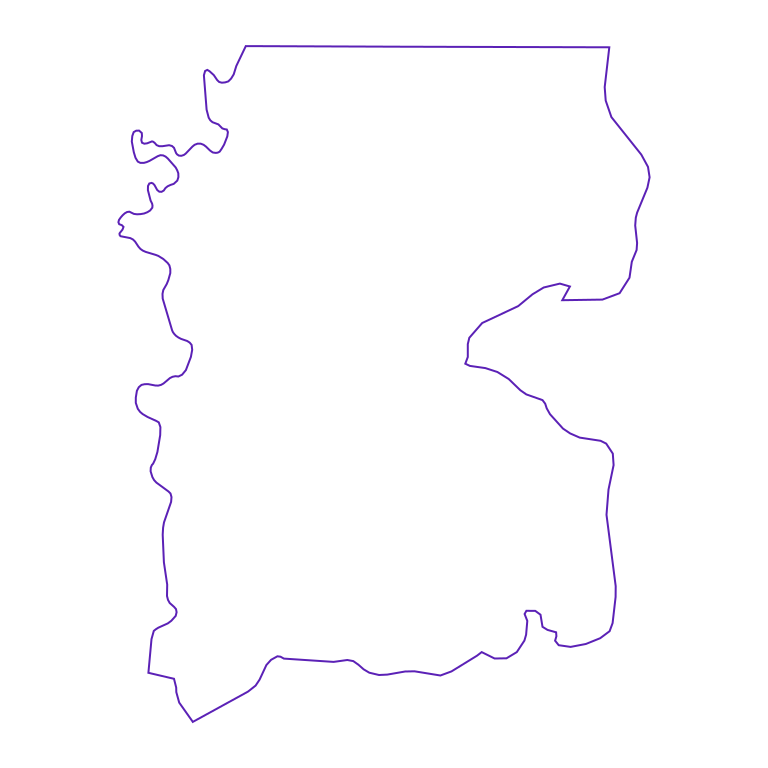 map outline of Gabú (Albers equal-area conic projection)
{"feature_id": "GNB-777", "entity_name": "Gabú", "entity_type": "Region", "adm_level": 1, "iso_a3": "GNB", "parent_name": "Guinea-Bissau", "parent_adm1": "", "projection": "albers", "projection_center": [-14.296, 12.118], "detail": "fine", "context": "isolated", "style": "outline", "palette": "violet", "viewbox_px": 768, "rotation_deg": 0, "n_neighbors": 0, "source": "natural_earth", "source_scale": "10m", "svg_char_len": 3830}
<svg xmlns="http://www.w3.org/2000/svg" viewBox="0 0 768 768"><path d="M629.3,278.0L619.6,293.2L602.4,299.6L562.3,300.2L569.9,286.5L559.9,283.6L543.7,287.5L532.5,294.3L518.2,306.1L482.2,323.0L469.3,337.8L467.8,344.1L467.8,357.0L465.3,363.7L469.9,365.9L485.4,368.1L497.4,372.0L508.7,379.0L520.3,390.2L526.3,394.4L542.5,400.1L545.2,403.7L546.7,408.3L550.0,414.2L563.0,428.6L570.1,433.4L579.7,437.6L600.6,440.8L606.2,443.6L612.8,453.6L613.6,465.1L608.5,489.6L606.5,514.8L615.7,586.2L615.6,597.0L612.6,623.1L609.6,631.2L600.2,638.2L585.8,644.0L570.6,646.9L558.7,645.2L555.1,640.7L556.4,636.2L556.1,632.3L547.5,629.9L542.5,626.8L540.5,614.7L535.3,610.9L526.4,610.8L524.6,614.0L527.3,620.9L526.1,634.7L524.4,640.6L516.8,652.1L506.5,658.3L494.6,658.5L481.7,652.1L477.0,655.7L451.5,671.4L440.4,675.5L414.5,671.3L405.1,671.5L387.3,674.6L379.0,675.0L369.3,672.7L363.6,669.3L358.5,664.8L353.3,661.1L347.3,660.0L333.6,661.9L283.9,658.6L280.5,656.7L277.4,656.3L271.1,659.8L266.4,665.0L259.6,679.6L255.6,685.6L248.0,691.6L192.8,721.9L192.7,721.7L179.2,702.6L176.3,692.1L176.2,687.6L174.0,678.8L148.4,672.8L151.5,639.1L153.8,630.9L155.8,629.3L158.3,627.7L167.8,623.4L171.3,620.8L175.7,615.9L176.6,612.2L176.0,609.1L174.1,606.9L169.7,603.0L168.0,599.9L167.0,596.0L167.2,584.6L163.9,562.3L162.7,534.7L163.1,527.7L164.0,522.4L171.1,501.9L171.5,497.1L170.5,493.5L168.5,491.5L156.4,482.6L154.1,480.1L152.4,477.1L150.6,471.3L150.8,467.6L151.9,465.0L153.1,463.7L155.2,459.3L157.4,452.0L160.2,435.1L160.4,427.1L158.8,422.4L156.4,421.0L147.6,417.0L142.7,414.1L140.1,411.9L137.8,408.8L135.8,402.9L135.8,397.6L136.9,390.8L138.8,387.2L141.5,384.9L144.6,384.2L148.0,384.1L155.3,385.5L158.2,385.6L161.0,384.9L163.5,383.5L169.9,378.1L172.5,376.8L175.4,376.2L178.4,376.5L182.1,374.7L185.9,370.1L190.9,356.9L192.2,349.8L191.6,344.9L189.7,342.6L187.2,341.0L181.1,338.9L178.4,337.5L176.0,335.8L174.2,333.9L172.9,332.1L172.1,330.3L162.7,298.6L162.5,293.9L163.3,290.0L166.7,284.1L168.3,280.2L170.3,273.1L170.3,269.0L169.4,265.4L167.7,263.0L163.3,259.0L158.3,255.9L155.7,254.9L145.7,251.9L142.8,250.6L140.4,248.9L138.4,246.6L135.1,241.6L133.0,239.5L130.3,238.1L120.5,236.2L119.6,234.9L119.5,233.5L120.0,232.7L121.0,231.5L122.5,229.6L123.5,226.9L121.9,225.2L119.2,224.2L118.4,222.2L119.0,219.9L120.7,217.5L122.6,215.3L124.8,213.3L127.1,212.0L129.4,211.7L133.9,213.9L137.1,214.3L140.5,214.1L144.1,213.5L147.4,212.2L150.1,210.5L152.3,207.7L152.5,205.7L152.1,203.6L150.6,200.6L147.9,190.1L148.0,186.0L149.3,183.5L151.6,182.9L153.0,183.5L154.5,185.1L157.2,190.0L159.3,191.7L161.6,191.8L163.8,190.5L165.4,188.1L167.6,186.3L170.6,184.9L173.7,183.9L177.3,180.6L178.4,177.1L178.3,173.3L177.2,170.3L175.7,167.5L167.8,158.5L165.6,156.6L163.1,155.4L160.4,155.2L157.7,156.2L149.5,160.9L146.7,162.1L143.8,162.9L140.4,162.9L137.8,161.6L135.5,157.8L133.8,152.2L131.8,141.5L132.3,136.0L133.7,132.1L136.2,130.7L139.1,130.6L141.8,133.0L142.0,136.1L141.3,140.0L142.0,142.7L144.3,143.7L147.2,143.3L152.0,141.4L153.3,141.8L154.9,143.1L156.6,145.1L159.2,146.2L162.5,146.2L169.1,145.2L172.0,146.0L174.0,147.8L176.1,153.1L177.1,154.4L178.9,155.6L181.3,155.8L183.8,155.0L185.6,153.7L192.4,146.6L194.6,144.8L197.5,143.7L200.8,143.7L203.6,144.8L206.0,146.6L210.0,150.5L211.8,151.8L212.9,152.5L215.7,152.9L217.4,152.7L218.5,152.3L219.7,151.6L221.7,148.7L224.1,144.6L227.3,136.4L227.9,132.1L226.8,129.5L224.7,129.2L222.3,128.4L218.4,124.4L212.5,122.2L210.3,120.3L208.7,117.7L206.6,109.7L203.9,75.3L205.1,71.0L207.3,69.9L209.5,71.2L213.8,75.1L217.2,80.1L219.2,82.0L221.9,82.7L225.1,82.4L228.3,81.4L231.1,78.6L233.7,74.4L236.3,66.0L245.8,46.1L399.8,46.7L609.3,47.3L604.7,87.1L605.7,100.6L611.4,117.1L641.3,154.6L648.0,166.9L649.6,177.3L647.4,187.7L637.1,212.7L635.8,217.7L635.2,225.5L637.1,243.0L636.6,250.0L631.8,261.8L629.5,277.7L629.3,278.0Z" fill="none" stroke="#5b21b6" stroke-width="2"/></svg>